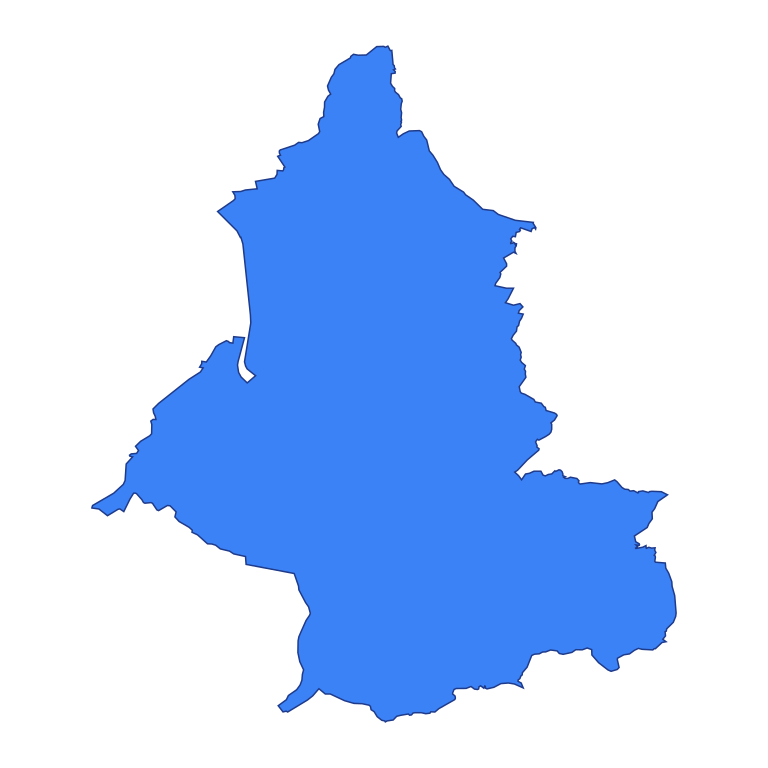 outline of Pucioasa, Dâmbovita, Romania
{"feature_id": "2599482B55662531214535", "entity_name": "Pucioasa", "entity_type": "district", "adm_level": 2, "iso_a3": "ROU", "parent_name": "Romania", "parent_adm1": "Dâmbovita", "projection": "equal_earth", "projection_center": [25.458, 45.082], "detail": "fine", "context": "isolated", "style": "filled", "palette": "blue", "viewbox_px": 768, "rotation_deg": 0, "n_neighbors": 0, "source": "geoboundaries", "source_scale": "gbopen_adm2", "svg_char_len": 6092}
<svg xmlns="http://www.w3.org/2000/svg" viewBox="0 0 768 768"><path d="M666.0,641.7L662.8,639.3L665.5,635.9L665.1,631.6L666.3,631.1L666.7,628.8L673.3,622.3L675.7,616.4L676.1,613.0L674.7,595.6L672.1,586.3L671.8,581.7L668.7,573.2L665.8,568.2L665.3,563.0L655.5,562.2L654.8,561.3L655.4,557.2L655.1,555.9L654.2,555.3L655.9,552.5L654.7,550.2L655.1,547.8L651.6,548.1L648.8,547.3L646.5,548.3L646.1,548.0L646.0,545.6L642.8,547.2L635.9,548.5L635.6,548.1L637.6,546.6L636.0,545.0L639.2,545.4L639.5,544.7L639.2,543.8L635.7,541.7L634.4,536.0L647.2,527.5L648.9,523.5L652.3,518.8L652.0,512.2L654.7,508.6L657.8,501.6L667.5,494.8L661.4,491.7L651.9,491.3L649.5,491.6L648.5,492.5L642.9,490.9L638.5,491.6L638.4,492.7L637.8,492.9L633.7,490.7L630.1,491.1L628.3,489.5L624.7,489.2L621.9,487.4L617.0,481.7L614.7,479.9L607.7,482.7L601.9,483.9L590.3,482.6L580.3,484.0L579.3,483.6L578.4,482.1L579.0,480.8L576.9,478.5L570.4,477.2L567.9,478.4L565.1,478.4L563.8,477.4L565.3,476.7L562.8,475.7L562.9,474.0L562.1,471.7L560.6,470.2L559.0,469.8L555.7,471.4L554.9,470.8L551.8,473.9L548.2,474.5L545.4,475.9L543.1,475.2L540.9,471.2L534.0,471.2L529.4,473.3L525.5,474.0L521.6,479.8L518.5,475.6L514.7,472.1L517.5,470.3L527.4,459.8L538.7,450.2L539.1,448.8L536.9,447.1L537.1,445.7L535.6,442.0L536.1,441.0L537.4,439.3L538.9,440.1L545.5,436.6L549.2,434.2L550.9,432.2L551.7,429.3L551.7,424.3L550.9,422.9L554.5,420.0L557.1,415.7L556.6,414.4L554.5,413.0L546.1,410.5L545.3,407.3L543.8,406.6L541.3,403.2L535.3,402.0L533.8,399.4L524.9,394.3L521.3,393.1L520.2,391.6L519.2,386.7L525.9,377.3L525.3,374.1L525.5,371.3L524.3,369.1L525.4,365.6L521.6,362.4L520.2,360.1L521.2,357.2L520.6,354.7L521.2,352.4L519.1,347.1L516.4,344.9L515.8,343.4L512.1,340.1L511.4,338.7L513.2,335.2L516.5,331.1L517.0,327.0L518.6,325.5L519.5,321.3L521.5,318.3L523.2,314.1L518.4,313.2L519.2,310.6L522.9,306.9L520.0,303.6L513.5,305.2L505.4,302.7L508.1,298.8L513.5,288.2L506.4,288.2L495.0,285.7L495.7,283.3L499.8,277.6L500.8,273.9L500.0,272.4L506.6,266.2L506.6,263.8L503.6,258.0L513.5,252.2L516.0,253.4L514.9,251.2L515.0,247.8L516.2,245.9L516.5,243.8L515.9,243.7L515.6,245.1L514.5,242.9L513.3,242.3L512.7,243.2L510.7,243.5L510.7,242.5L511.9,241.1L510.7,238.9L512.7,236.3L515.4,236.7L516.2,232.4L519.6,231.5L520.4,230.1L519.5,229.4L520.6,227.8L531.1,231.5L532.1,228.7L534.5,227.6L535.6,229.1L535.9,227.7L533.0,223.1L533.3,222.4L515.3,220.3L498.4,214.5L493.3,210.6L482.7,209.3L473.3,200.1L465.6,194.8L463.6,192.1L454.1,186.3L449.4,179.3L443.9,174.5L440.5,169.7L437.4,162.4L433.0,155.3L429.3,150.9L426.7,140.0L423.9,136.4L421.6,131.7L419.5,130.6L409.2,131.0L403.3,133.8L398.3,137.3L396.6,133.0L397.1,130.9L401.2,126.4L400.7,124.6L401.5,122.1L400.9,121.5L401.6,120.1L401.1,117.5L401.6,112.8L400.7,109.3L401.3,103.7L402.2,101.1L401.7,98.7L400.3,97.9L398.5,94.6L395.5,92.2L394.6,90.7L394.7,88.5L392.4,86.3L390.6,83.2L391.3,73.7L395.1,73.1L395.2,71.5L393.5,69.8L395.4,69.0L394.5,67.9L394.2,65.6L393.1,64.6L391.8,50.4L390.6,50.7L390.0,50.1L387.9,46.1L385.2,47.3L383.8,46.4L376.7,46.6L366.3,55.0L358.2,55.2L353.5,54.3L350.8,56.4L350.4,57.9L339.0,64.6L335.0,69.3L333.9,73.8L331.3,77.3L327.5,86.0L328.5,90.2L330.7,94.1L327.9,96.3L324.6,102.0L324.5,107.3L323.6,112.3L323.8,116.6L320.1,118.5L318.2,124.2L319.7,131.6L318.5,133.6L308.4,140.6L302.0,142.7L298.6,142.4L294.6,145.2L280.3,149.9L279.3,151.0L279.4,153.1L280.5,155.2L277.7,156.3L284.9,167.1L283.9,167.7L283.6,169.7L282.8,170.9L277.2,170.4L277.0,174.4L274.7,178.1L255.5,181.4L257.2,188.8L245.4,190.0L240.7,191.5L232.8,191.8L234.9,195.3L235.2,198.7L233.5,200.5L217.6,211.5L237.0,230.9L240.4,237.5L240.9,237.3L242.9,244.0L250.4,314.8L250.8,322.9L244.5,361.8L245.6,366.1L247.2,369.0L255.6,375.7L247.2,382.9L241.1,377.0L238.6,372.4L237.5,365.1L238.1,361.5L244.5,337.7L233.7,336.7L232.9,343.1L229.3,342.6L228.7,341.6L226.4,340.7L218.8,344.6L215.8,346.8L210.7,355.9L206.3,362.0L201.8,361.3L201.7,363.7L199.6,367.2L203.1,367.9L200.4,372.0L189.0,379.3L158.6,403.4L153.0,409.0L153.6,412.8L155.2,416.2L155.9,419.5L153.1,419.4L150.8,421.1L151.8,424.5L151.6,433.8L149.7,435.8L140.6,441.3L135.5,446.3L138.5,450.5L136.6,453.4L131.2,453.9L129.5,455.2L129.9,456.2L132.6,456.9L126.2,464.0L125.1,480.5L123.3,484.4L113.7,493.2L92.6,505.5L92.0,507.3L91.9,508.0L98.9,509.0L107.5,515.7L118.0,509.3L119.8,508.9L123.8,511.6L130.0,499.0L133.6,493.2L135.2,493.1L136.5,493.6L141.9,499.7L143.5,502.5L144.9,503.2L151.0,502.6L152.5,503.3L156.9,509.9L158.6,510.6L167.4,505.5L170.1,505.8L176.1,511.9L174.9,516.9L179.1,521.5L189.1,527.3L192.3,530.2L192.0,532.3L197.5,534.8L207.5,543.8L211.8,544.0L215.7,545.2L220.3,548.9L229.5,551.1L233.7,553.9L245.5,556.5L246.1,564.4L294.2,573.5L298.5,586.0L298.9,589.9L305.6,602.6L308.6,606.9L310.3,613.2L309.7,615.1L306.1,620.4L301.1,631.6L298.9,636.7L298.1,640.8L297.9,652.6L299.8,661.7L303.6,669.8L302.4,674.3L301.9,680.2L300.1,685.0L296.7,689.7L288.4,695.5L286.4,699.7L278.2,705.7L283.0,711.9L286.2,711.2L287.7,712.0L307.5,700.0L312.8,695.8L318.9,688.7L325.3,694.0L330.3,694.0L344.6,700.7L354.0,703.4L362.1,703.7L369.1,705.2L370.4,706.3L371.1,709.7L374.1,711.6L377.2,716.7L381.8,720.3L384.7,720.9L385.3,721.9L387.2,720.9L393.2,720.0L396.7,716.3L400.7,715.3L408.3,714.0L409.6,715.2L411.5,714.9L413.1,713.0L415.1,712.7L421.3,712.7L425.7,713.7L429.9,713.2L430.8,711.8L434.9,712.0L438.9,708.6L454.6,699.7L455.3,698.7L455.3,697.1L454.9,695.8L452.7,694.1L452.7,692.8L454.0,689.5L456.2,688.5L466.1,688.4L471.0,686.5L474.5,689.1L477.5,689.5L478.6,689.0L479.0,686.8L480.6,685.8L483.8,688.2L484.8,686.0L485.3,686.3L485.5,688.2L487.0,688.9L493.9,687.3L500.9,683.6L508.3,683.0L514.4,684.0L523.2,687.9L521.2,683.0L518.0,681.3L518.1,680.0L519.9,678.6L520.8,676.1L522.2,674.9L522.4,672.7L527.1,667.2L531.7,655.5L534.4,654.2L539.3,653.8L542.6,652.0L545.7,651.9L550.6,650.0L557.1,650.9L559.3,653.5L563.2,654.3L571.9,652.4L575.8,649.7L582.3,649.8L587.2,648.0L591.7,649.6L591.9,655.0L598.6,662.7L607.9,669.9L611.1,671.3L617.2,669.5L619.1,667.5L617.3,659.6L617.5,658.2L623.8,654.8L629.5,653.9L634.4,650.3L638.4,648.4L642.0,649.3L652.8,649.9L654.3,648.6L655.4,648.7L662.0,642.5L666.0,641.7Z" fill="#3b82f6" stroke="#1e3a8a" stroke-width="1.5"/></svg>